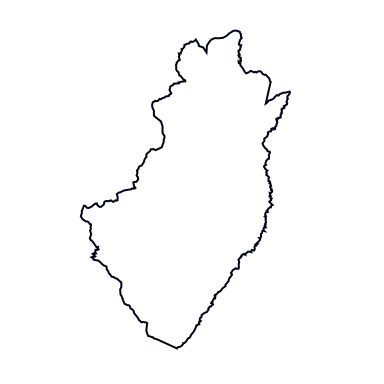 outline of Serranópolis, Goiás, Brazil, rotated 260°
{"feature_id": "56859067B10105372355636", "entity_name": "Serranópolis", "entity_type": "district", "adm_level": 2, "iso_a3": "BRA", "parent_name": "Brazil", "parent_adm1": "Goiás", "projection": "orthographic", "projection_center": [-52.171, -18.223], "detail": "fine", "context": "isolated", "style": "outline", "palette": "ink", "viewbox_px": 384, "rotation_deg": 260, "n_neighbors": 0, "source": "geoboundaries", "source_scale": "gbopen_adm2", "svg_char_len": 6029}
<svg xmlns="http://www.w3.org/2000/svg" viewBox="0 0 384 384"><g transform="rotate(260 192 192)"><path d="M273.9,305.6L273.6,301.3L274.0,299.1L273.4,297.5L273.5,296.6L273.1,295.4L271.9,293.9L272.7,292.4L270.8,289.5L270.0,289.0L269.0,286.2L268.7,283.5L267.0,281.5L266.3,280.0L286.8,288.6L287.8,288.0L290.3,287.9L294.7,284.9L294.7,284.0L295.9,282.1L298.1,281.2L299.1,280.1L299.2,277.6L298.5,276.3L299.3,275.3L299.0,274.1L301.1,270.8L300.1,268.9L299.4,266.0L301.4,264.7L304.8,263.6L308.6,261.6L310.1,262.0L310.8,260.5L312.4,260.6L311.3,261.6L312.5,263.0L313.9,262.5L314.6,263.3L316.0,263.2L316.4,261.9L318.6,261.5L318.8,262.9L321.9,262.1L323.1,262.3L323.3,263.6L328.0,265.9L328.1,264.6L329.3,263.8L332.7,265.3L334.1,266.3L335.1,267.7L335.9,267.2L339.5,267.5L340.5,266.8L341.5,266.8L343.4,263.3L343.5,260.7L341.7,256.1L339.9,253.4L338.5,249.5L338.8,244.6L339.6,241.2L338.8,237.8L337.5,235.8L333.7,232.2L326.9,230.5L332.4,228.2L334.6,224.1L336.6,224.2L341.4,222.2L340.6,221.3L339.9,219.5L339.7,218.1L340.3,217.5L340.3,216.5L338.7,214.9L338.9,213.5L338.1,210.0L336.6,209.9L334.7,207.9L334.5,206.6L333.8,206.9L330.4,204.9L330.7,203.1L328.6,203.4L327.9,202.6L324.1,202.9L323.8,201.2L322.5,200.1L322.1,199.3L320.8,199.2L320.1,198.4L319.0,198.2L318.1,198.3L315.9,197.7L313.8,198.2L312.2,199.5L309.1,199.8L308.3,200.9L304.5,203.0L303.1,204.7L302.2,204.6L302.5,199.6L301.9,198.7L302.2,197.9L301.3,197.9L301.8,192.8L300.8,192.3L300.1,189.8L299.3,188.8L297.4,188.2L296.6,187.5L292.7,188.7L292.1,187.9L291.7,186.5L290.7,186.0L290.5,182.3L289.7,181.3L289.7,179.5L288.7,177.4L289.3,176.3L287.7,174.3L287.7,172.2L288.2,171.5L287.7,170.9L287.6,169.6L286.7,168.7L284.7,167.8L281.8,167.7L278.7,168.6L274.3,167.8L273.3,168.1L266.8,173.7L261.5,174.4L256.0,173.3L254.3,173.5L251.9,174.7L250.3,174.3L248.0,173.1L246.6,173.0L241.3,170.0L239.5,163.5L241.1,161.3L240.9,160.3L241.2,158.9L239.7,157.9L237.3,153.9L236.5,153.4L234.4,153.3L234.0,152.4L231.7,150.6L230.1,149.9L227.1,147.4L226.1,144.2L223.8,143.0L223.1,141.8L222.0,141.4L221.3,141.8L220.2,141.5L217.8,140.3L216.3,141.2L213.8,141.2L211.7,139.1L211.9,136.7L211.7,135.9L207.7,135.9L205.9,137.0L205.3,136.1L205.9,133.7L205.3,132.9L205.3,125.2L204.2,121.5L204.0,119.4L202.9,117.6L200.2,117.9L196.9,117.3L196.6,116.0L197.1,115.1L196.0,113.1L196.2,112.3L197.9,110.6L197.3,108.8L198.0,106.6L197.9,104.9L197.4,104.0L194.9,102.9L193.2,99.9L193.4,98.4L194.0,97.7L195.7,96.5L197.3,96.3L197.5,95.4L197.0,94.6L197.0,93.8L195.3,91.1L194.1,87.3L194.8,85.7L197.0,84.3L197.3,83.2L192.2,80.1L190.2,79.8L187.4,78.3L184.5,79.4L183.7,80.1L181.7,82.0L180.9,84.2L180.0,85.1L178.3,85.7L177.9,86.7L176.9,86.9L176.1,86.3L172.5,85.7L171.7,84.9L168.0,85.4L163.9,83.3L162.1,84.0L161.7,84.8L159.3,86.1L154.2,88.4L154.2,89.9L152.7,89.3L151.8,90.0L151.3,88.6L151.8,87.0L150.1,86.3L148.4,86.7L148.9,85.6L148.3,83.5L147.4,84.0L147.2,85.2L146.3,84.7L145.3,85.4L145.0,83.7L145.4,82.6L145.2,81.7L143.7,83.3L142.5,83.3L140.5,88.2L135.3,92.0L133.9,94.2L133.2,94.8L130.4,94.7L128.7,95.7L126.2,96.1L125.2,97.0L122.7,98.0L122.2,98.7L122.1,99.8L120.7,101.1L119.7,103.0L115.1,106.7L110.6,105.9L108.4,104.3L103.5,103.8L101.6,104.6L99.6,104.8L99.0,105.3L98.1,105.1L93.6,106.2L91.7,108.9L91.4,110.2L90.5,110.9L88.0,111.2L86.5,113.1L84.6,113.9L82.7,114.0L77.4,116.9L75.1,117.5L74.4,118.3L72.5,119.5L72.5,121.3L71.9,122.6L71.8,123.7L70.6,125.1L63.5,122.9L58.0,123.7L55.5,128.5L54.5,128.9L53.0,132.0L40.5,150.1L41.5,150.8L41.6,153.0L42.3,155.1L43.6,156.6L44.7,157.1L44.5,158.0L45.5,159.8L48.5,162.7L48.9,164.3L49.5,165.0L51.6,166.4L53.8,169.1L56.2,171.0L59.1,173.0L59.9,173.1L60.5,176.2L61.6,175.9L62.6,176.3L62.7,177.3L63.5,178.2L64.1,177.3L66.3,177.9L67.3,179.7L69.1,180.1L70.7,183.2L71.3,185.9L73.8,188.1L74.6,187.9L75.4,188.8L76.0,189.6L75.9,190.5L77.7,193.2L78.6,192.8L79.1,191.6L80.1,192.1L80.6,193.4L81.9,193.9L83.7,195.6L83.3,196.3L85.2,196.9L85.9,196.2L86.8,196.9L86.9,198.4L89.0,200.6L88.9,201.7L90.7,204.3L91.8,205.2L93.5,208.7L94.7,208.7L97.8,212.4L100.1,213.4L103.0,216.5L103.8,217.1L105.4,216.3L108.0,218.7L109.3,221.9L108.6,222.4L108.4,224.5L109.2,225.0L113.0,225.5L114.9,226.4L117.2,226.0L118.7,227.7L118.9,228.6L120.0,228.9L120.3,229.8L121.1,229.9L121.5,231.3L122.1,232.0L121.0,233.5L121.9,233.4L122.0,234.4L123.6,236.9L122.5,239.8L123.3,239.6L124.5,241.0L123.5,242.6L124.2,243.5L124.9,243.9L127.1,244.0L127.8,244.6L128.0,245.7L128.7,245.2L129.4,247.1L129.8,246.2L132.3,250.0L134.0,251.1L134.9,250.4L134.8,251.2L136.3,252.4L138.0,252.4L138.8,252.7L139.3,253.8L141.1,254.3L141.7,255.1L141.1,256.4L142.0,255.8L143.0,255.9L144.0,256.5L144.2,257.8L144.7,257.1L145.6,258.4L146.3,257.8L147.3,258.8L147.9,258.4L149.1,259.6L151.6,259.6L152.5,260.1L153.5,259.8L154.9,260.6L155.4,259.6L156.0,260.4L157.6,260.2L159.2,261.3L159.2,262.9L160.1,262.3L160.4,263.2L161.2,263.1L162.3,264.3L163.4,266.1L163.2,267.1L165.2,267.9L165.3,269.0L169.0,266.4L170.2,268.4L171.4,268.3L171.7,269.3L173.2,268.2L174.2,268.9L174.5,267.7L175.8,268.4L177.7,268.4L177.3,269.6L178.5,271.0L180.5,271.0L180.4,270.2L181.6,270.4L183.4,269.7L184.2,270.1L184.2,270.9L186.5,270.7L187.0,269.8L187.9,270.6L188.7,270.6L189.5,269.2L190.6,269.6L191.6,269.4L193.0,270.4L195.0,269.2L196.0,268.1L197.2,268.9L198.7,268.5L200.0,270.0L201.8,268.3L204.3,267.3L205.2,267.7L205.9,269.6L206.5,269.1L207.3,269.2L209.7,270.4L211.4,272.5L211.4,273.5L213.9,274.2L215.1,274.1L217.3,275.6L218.2,275.5L219.0,273.5L221.0,273.1L222.8,271.4L223.7,271.3L224.5,270.5L227.5,269.9L229.9,272.2L231.9,272.4L233.8,275.8L235.0,276.3L235.5,277.0L237.4,277.0L238.0,278.2L238.1,280.3L239.2,281.3L240.1,280.9L240.8,282.3L240.5,283.8L239.4,283.7L239.6,284.8L241.6,285.2L242.7,286.6L244.7,287.3L245.6,288.1L248.8,287.6L248.5,288.4L249.5,288.7L249.2,289.4L250.1,289.8L249.7,290.7L250.0,292.2L251.0,292.1L251.6,292.7L252.8,292.7L254.1,294.3L254.9,293.8L256.2,294.7L257.7,294.4L258.7,295.4L258.3,296.6L258.8,297.6L259.6,297.9L260.6,297.4L261.7,300.7L262.9,301.2L263.8,300.7L266.3,301.7L267.2,302.6L268.4,302.2L269.8,302.7L270.8,304.2L272.8,305.7L273.9,305.6Z" fill="none" stroke="#020617" stroke-width="2"/></g></svg>